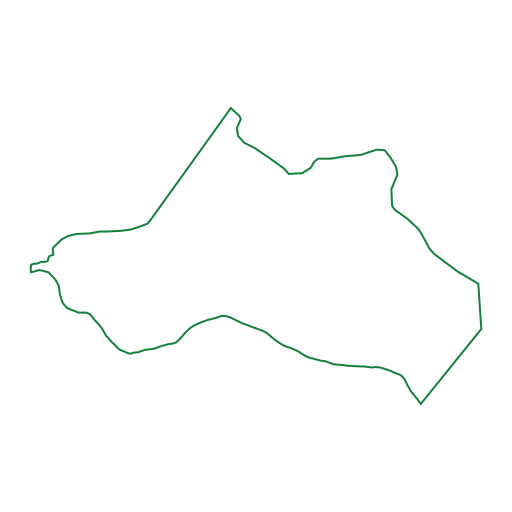 Active Hill, Castries, Saint Lucia
{"feature_id": "8701671B75539751550114", "entity_name": "Active Hill", "entity_type": "district", "adm_level": 2, "iso_a3": "LCA", "parent_name": "Saint Lucia", "parent_adm1": "Castries", "projection": "robinson", "projection_center": [-60.979, 14.02], "detail": "fine", "context": "isolated", "style": "outline", "palette": "green", "viewbox_px": 512, "rotation_deg": 0, "n_neighbors": 0, "source": "geoboundaries", "source_scale": "gbopen_adm2", "svg_char_len": 2444}
<svg xmlns="http://www.w3.org/2000/svg" viewBox="0 0 512 512"><path d="M478.3,283.7L457.4,271.4L434.1,253.9L429.4,248.5L426.1,242.4L422.1,234.8L418.1,228.7L407.4,218.8L394.7,209.7L392.1,205.9L391.4,189.2L397.4,174.7L396.1,167.1L390.7,157.9L384.8,150.3L376.8,149.6L360.8,154.9L344.1,156.4L330.8,158.7L318.1,158.7L314.1,161.8L310.8,167.8L302.1,173.2L288.8,173.9L284.1,168.6L271.5,159.5L254.8,148.1L244.1,142.7L238.1,135.9L236.8,128.3L240.8,119.1L239.5,116.1L230.8,108.1L201.5,149.0L151.1,219.2L150.2,220.5L147.4,223.7L140.6,226.3L131.0,229.5L121.4,230.8L107.8,231.5L99.8,231.5L89.7,233.4L76.1,234.0L68.1,236.0L61.9,239.2L57.1,243.8L55.0,245.9L53.5,247.2L52.8,249.1L52.8,250.6L52.8,252.3L53.4,253.4L53.2,254.8L51.1,255.5L49.5,256.1L48.5,257.8L48.2,259.3L48.0,260.1L47.6,261.0L46.7,261.4L45.6,261.8L43.5,261.8L41.5,261.8L39.3,262.7L36.7,263.7L34.1,263.7L31.5,264.6L30.9,265.2L30.9,266.7L30.7,268.4L30.9,272.2L34.6,271.5L39.0,270.0L42.4,270.7L48.5,272.3L55.3,279.6L58.7,285.5L59.7,293.2L62.1,301.7L64.1,304.8L67.5,308.3L75.6,311.4L78.4,312.6L86.2,312.6L89.9,314.1L95.0,320.4L99.4,325.0L102.8,329.7L106.1,335.8L108.1,337.7L110.2,340.3L111.8,342.2L115.0,345.0L118.1,348.5L120.9,350.3L124.4,351.5L126.3,352.5L129.1,353.5L131.4,353.5L134.1,352.5L137.7,352.4L142.1,350.9L144.6,349.9L149.0,349.4L151.4,349.1L154.2,348.6L156.0,348.1L158.9,347.0L161.7,346.0L164.5,345.2L167.6,344.4L169.3,344.0L171.7,343.8L174.1,343.2L176.6,342.1L179.3,339.4L181.2,337.5L185.1,332.9L188.1,330.0L190.3,328.0L192.7,326.3L195.0,325.1L197.5,323.9L201.0,322.3L203.3,321.5L205.9,320.5L208.8,319.6L210.7,319.4L213.8,318.3L215.4,318.0L218.1,317.2L220.3,316.4L223.1,315.7L227.1,316.4L231.0,317.7L235.0,319.8L239.2,321.7L242.9,323.6L246.7,324.7L251.7,326.9L255.5,328.1L258.3,329.2L261.8,330.5L263.6,331.2L266.6,332.9L269.1,335.0L272.4,337.7L274.0,339.0L276.1,340.6L278.8,342.5L279.8,343.2L281.3,344.1L283.1,345.2L285.3,346.3L288.8,347.4L291.0,348.2L294.7,349.7L298.1,351.3L301.3,353.5L304.7,355.5L306.3,356.5L309.0,357.5L320.8,360.7L325.6,361.3L333.4,364.2L337.5,364.7L340.9,364.8L343.8,365.1L346.2,365.7L349.0,365.8L352.6,366.0L355.4,366.2L359.8,366.4L364.2,366.5L368.0,367.0L372.2,367.5L374.8,367.1L377.8,367.2L380.0,367.5L383.9,368.6L390.6,370.9L393.3,372.2L395.8,373.2L400.1,374.8L402.3,376.5L404.7,379.5L407.9,386.0L409.1,387.9L410.6,390.9L412.9,393.7L415.0,396.3L417.5,399.4L420.7,403.9L422.7,401.6L481.3,329.0L478.3,283.7Z" fill="none" stroke="#15803d" stroke-width="2"/></svg>